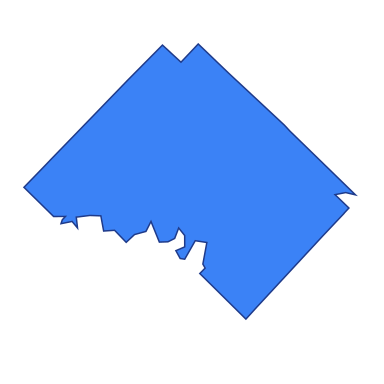 the district of Marion, Arkansas, United States of America, rotated 133°
{"feature_id": "52423323B60870654888201", "entity_name": "Marion", "entity_type": "district", "adm_level": 2, "iso_a3": "USA", "parent_name": "United States of America", "parent_adm1": "Arkansas", "projection": "natural_earth1", "projection_center": [-92.599, 36.281], "detail": "fine", "context": "isolated", "style": "filled", "palette": "blue", "viewbox_px": 384, "rotation_deg": 133, "n_neighbors": 0, "source": "geoboundaries", "source_scale": "gbopen_adm2", "svg_char_len": 754}
<svg xmlns="http://www.w3.org/2000/svg" viewBox="0 0 384 384"><g transform="rotate(133 192 192)"><path d="M303.2,318.1L304.3,276.5L296.2,267.9L300.8,267.9L304.5,266.2L295.3,259.6L296.4,251.2L289.3,259.5L278.8,250.7L271.6,242.4L280.8,230.0L272.8,222.5L273.7,205.8L262.3,205.0L252.2,198.8L241.5,201.9L250.9,181.7L244.8,175.6L237.8,173.0L227.4,177.2L228.8,167.7L237.1,159.9L245.9,163.8L248.7,155.3L246.1,151.5L225.4,156.4L218.8,146.7L237.3,134.9L238.7,130.5L246.3,130.7L248.2,65.9L231.8,66.1L134.8,66.4L103.9,66.2L103.8,66.3L96.7,66.3L96.4,85.6L87.6,79.2L82.6,70.5L80.7,161.6L80.1,170.1L80.1,246.5L79.5,288.4L104.6,288.6L104.7,313.8L153.9,315.3L223.8,316.6L263.7,317.4L272.7,317.5L303.2,318.1Z" fill="#3b82f6" stroke="#1e3a8a" stroke-width="1.5"/></g></svg>